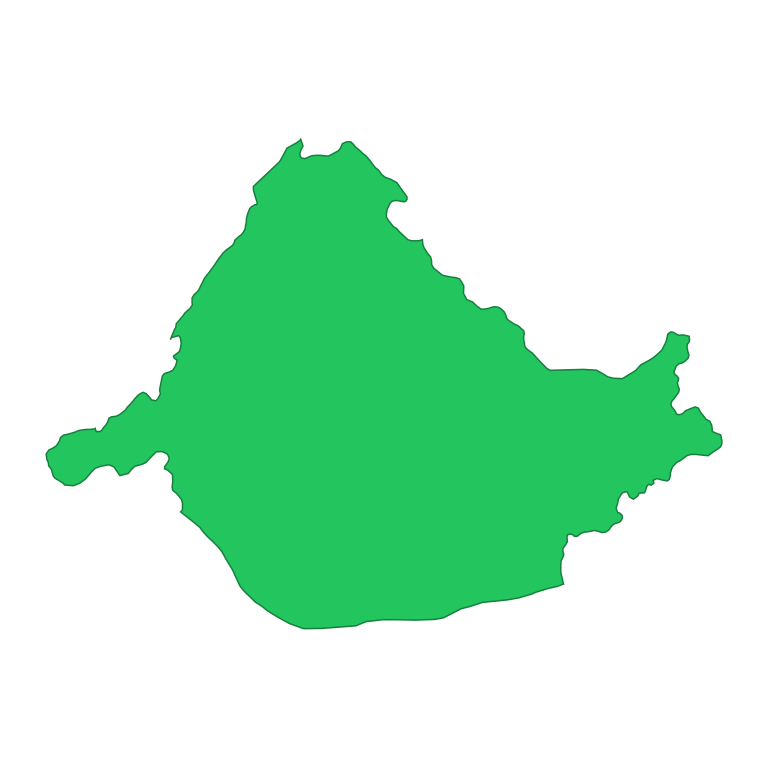 the district of Belaga, Sarawak, Malaysia
{"feature_id": "92858781B14210888216544", "entity_name": "Belaga", "entity_type": "district", "adm_level": 2, "iso_a3": "MYS", "parent_name": "Malaysia", "parent_adm1": "Sarawak", "projection": "orthographic", "projection_center": [114.332, 2.676], "detail": "fine", "context": "isolated", "style": "filled", "palette": "green", "viewbox_px": 768, "rotation_deg": 0, "n_neighbors": 0, "source": "geoboundaries", "source_scale": "gbopen_adm2", "svg_char_len": 5514}
<svg xmlns="http://www.w3.org/2000/svg" viewBox="0 0 768 768"><path d="M180.6,511.9L192.5,521.3L199.6,527.1L203.4,532.2L207.9,537.0L213.0,541.8L218.2,547.0L222.0,551.8L225.8,558.8L232.6,570.0L237.4,580.6L240.2,586.4L245.1,592.2L250.2,597.0L255.3,602.1L261.4,605.9L267.5,610.8L275.2,615.6L281.3,619.1L289.6,623.6L303.7,628.7L321.9,628.4L355.9,625.8L365.8,621.7L382.5,619.7L396.0,619.7L415.8,620.1L434.7,619.4L443.4,617.8L452.4,613.3L461.0,608.8L470.6,606.3L482.5,602.4L507.2,599.9L518.7,597.9L531.5,594.1L536.0,592.2L548.5,588.3L557.5,586.4L563.2,584.1L563.5,584.1L561.9,577.1L560.8,572.6L560.8,567.3L560.8,564.8L561.0,561.3L561.7,559.5L562.7,557.6L563.7,555.2L563.5,553.3L562.9,551.1L562.9,548.6L566.2,543.9L567.4,541.6L567.0,537.3L567.4,534.9L570.3,534.0L572.7,534.7L574.4,536.3L577.2,536.3L579.5,534.5L581.1,533.2L585.2,532.0L588.1,531.8L593.8,530.6L595.3,530.6L597.9,531.2L602.2,532.6L605.7,532.0L608.8,530.1L610.4,527.7L612.3,525.4L614.1,524.0L616.2,523.2L618.8,522.5L620.5,521.3L621.7,519.7L622.5,517.2L622.3,515.6L619.7,513.1L617.8,512.5L616.8,510.4L616.2,508.4L616.8,505.9L617.4,504.1L618.6,498.6L621.5,494.0L622.7,492.6L624.2,492.4L625.4,491.8L627.0,491.8L628.3,494.0L629.5,496.9L633.4,499.2L637.5,496.3L638.9,493.4L641.4,493.0L644.5,492.8L645.7,490.1L646.7,486.6L648.6,484.2L651.2,485.2L653.9,483.0L653.1,480.3L657.0,478.6L662.5,480.1L667.4,480.9L669.3,479.3L670.3,475.8L670.5,472.7L671.7,468.8L672.7,466.5L677.0,462.2L680.3,460.6L683.0,458.7L687.1,455.5L691.2,454.4L695.9,454.4L704.9,455.4L708.2,455.7L709.6,454.6L712.3,452.6L715.4,450.5L717.6,449.1L720.5,446.8L721.7,444.6L721.9,440.9L720.7,434.9L715.4,432.9L712.3,431.5L712.1,427.4L711.5,424.7L709.8,421.2L706.1,419.4L704.1,416.7L700.6,412.4L698.3,408.1L695.2,406.9L690.9,408.5L685.4,410.8L682.5,413.8L679.1,414.7L676.4,414.1L675.6,411.8L673.9,409.3L671.5,406.5L670.9,404.2L671.9,401.1L673.7,399.1L675.4,396.8L677.8,393.6L678.8,391.9L679.3,389.0L678.2,386.8L677.4,382.7L678.4,380.2L678.6,378.4L677.2,376.1L675.1,374.7L673.9,372.2L676.2,366.1L678.8,363.8L682.1,363.0L684.8,361.4L688.2,358.1L688.9,355.0L687.8,351.5L687.0,346.8L687.4,344.2L689.5,341.3L689.5,338.6L689.1,336.2L682.9,334.9L679.2,335.3L677.0,334.5L673.3,332.3L670.6,331.9L667.7,334.1L667.1,337.4L666.1,341.7L662.0,349.9L657.7,354.0L653.4,357.7L648.7,360.6L640.7,364.9L635.8,370.4L622.5,378.6L613.2,378.2L607.7,376.8L601.8,373.1L596.6,370.2L583.3,369.4L549.9,370.3L546.6,368.2L543.6,365.1L539.9,361.4L532.5,353.2L528.4,350.2L526.5,348.7L524.7,346.1L524.5,343.4L523.7,339.7L523.7,336.0L524.3,333.6L523.7,330.7L517.9,325.6L514.8,324.4L512.8,323.1L509.3,320.9L507.1,319.0L505.6,314.7L504.4,312.1L501.9,309.6L498.6,307.3L494.6,306.7L491.7,307.3L488.6,308.4L483.7,309.2L480.8,309.0L478.3,307.1L477.1,306.3L472.6,302.0L466.7,299.6L463.4,293.2L463.6,291.0L463.8,286.0L461.3,281.5L459.5,278.9L455.8,277.6L451.7,277.2L443.7,275.6L441.9,274.8L433.7,268.2L431.6,264.5L431.6,261.2L430.6,256.9L427.7,253.5L424.0,247.7L422.8,244.2L422.4,239.7L418.7,240.8L411.5,240.8L407.9,239.7L400.9,233.2L398.4,230.7L396.4,228.3L393.5,226.8L388.6,220.7L386.3,217.0L386.5,213.3L387.2,209.2L389.0,205.5L390.4,202.8L392.1,201.4L394.1,200.6L396.4,200.6L398.8,200.8L402.3,201.6L404.4,201.8L406.0,201.0L407.0,199.4L407.0,196.9L402.3,190.4L396.8,182.6L390.4,179.1L385.3,177.4L381.8,174.6L378.8,170.5L375.1,167.4L369.5,160.0L365.9,155.9L362.6,153.3L360.1,150.8L355.6,147.1L353.2,144.1L350.7,141.8L346.6,141.8L342.5,143.6L340.5,148.1L338.6,150.6L332.3,154.1L328.4,156.1L325.7,155.9L320.0,155.3L316.7,155.3L312.0,155.7L304.8,158.6L301.3,158.0L300.1,155.9L299.9,153.3L300.7,150.6L301.5,148.8L303.0,146.1L300.7,139.3L299.9,140.4L296.6,142.8L287.0,148.1L281.0,159.4L279.2,162.1L253.4,186.4L253.4,189.9L254.2,193.0L255.0,195.7L255.8,198.3L256.7,201.0L257.3,203.2L256.4,204.7L254.6,204.9L252.6,206.1L250.9,207.3L249.7,208.6L247.8,213.5L246.4,218.6L246.4,220.9L246.0,223.5L245.4,226.4L245.2,228.6L243.3,232.3L241.3,234.8L239.0,236.4L236.6,238.7L234.9,240.1L234.3,242.4L232.7,245.2L229.4,247.7L226.7,249.7L223.4,252.6L221.0,255.7L218.7,258.7L216.5,262.0L214.6,264.9L211.3,269.4L208.9,272.7L207.0,274.9L204.4,278.4L202.7,281.9L200.7,286.0L198.6,290.1L196.8,292.3L194.3,294.4L192.1,297.9L192.1,302.0L192.3,305.1L189.8,308.7L187.5,310.6L184.9,313.0L183.0,315.7L176.3,323.7L175.9,327.0L174.2,330.3L170.3,339.6L171.5,337.6L178.7,335.6L180.4,338.0L181.2,343.2L180.4,348.5L179.3,351.6L176.3,354.0L173.4,356.1L174.4,358.3L177.1,360.2L175.6,365.9L172.8,370.2L169.1,372.1L164.4,373.5L162.3,376.2L160.0,387.6L159.6,390.3L160.4,393.8L157.8,398.9L155.7,400.8L151.6,399.9L148.8,396.4L146.1,393.6L143.0,392.3L140.4,393.6L137.9,395.4L135.0,398.5L133.2,400.9L130.1,404.4L127.6,406.9L125.0,410.4L121.7,413.0L119.0,414.9L117.0,415.9L114.5,416.5L111.2,416.9L108.8,418.4L107.8,421.8L105.9,424.9L103.2,428.0L102.0,430.0L100.2,431.5L99.1,431.5L96.1,431.5L95.2,428.4L94.4,429.0L89.8,429.4L86.4,429.4L79.2,430.4L73.9,432.5L67.9,434.2L63.8,435.0L60.5,437.4L59.5,440.9L56.3,445.8L52.8,448.1L48.8,450.1L46.1,454.2L47.0,459.8L48.2,462.2L48.7,465.9L51.3,469.1L52.2,472.3L53.3,476.1L55.0,478.2L62.7,482.8L64.6,485.0L73.5,485.7L79.9,483.2L85.8,478.7L90.8,472.7L95.3,468.2L100.6,466.3L108.8,464.8L114.0,466.9L117.3,471.8L119.9,475.6L128.2,473.5L131.7,469.2L135.0,466.2L142.1,464.3L145.9,462.5L150.4,457.7L156.3,451.8L162.5,451.6L167.7,454.4L169.3,458.7L168.0,462.0L164.8,466.5L164.4,468.7L168.0,470.3L172.4,474.5L172.9,480.8L172.1,486.7L172.7,490.3L177.1,493.9L181.5,499.4L182.5,503.6L182.4,510.0L180.6,511.9Z" fill="#22c55e" stroke="#15803d" stroke-width="1.5"/></svg>